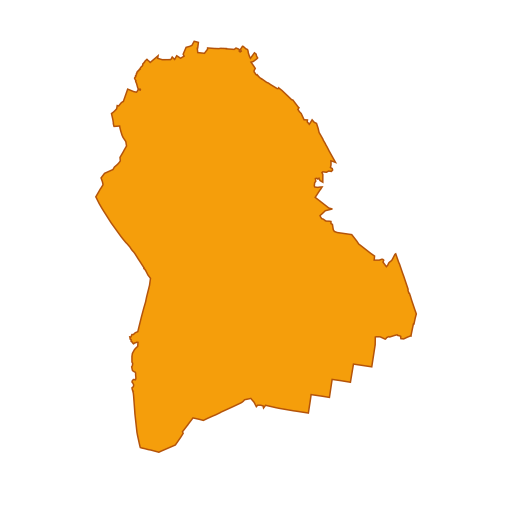 outline of Brantu pag., Smiltenes, Latvia, rotated 277°
{"feature_id": "27541924B83943898242437", "entity_name": "Brantu pag.", "entity_type": "district", "adm_level": 2, "iso_a3": "LVA", "parent_name": "Latvia", "parent_adm1": "Smiltenes", "projection": "mercator", "projection_center": [25.808, 57.37], "detail": "fine", "context": "isolated", "style": "filled", "palette": "amber", "viewbox_px": 512, "rotation_deg": 277, "n_neighbors": 0, "source": "geoboundaries", "source_scale": "gbopen_adm2", "svg_char_len": 6023}
<svg xmlns="http://www.w3.org/2000/svg" viewBox="0 0 512 512"><g transform="rotate(277 256 256)"><path d="M102.1,151.6L89.5,154.1L88.5,154.3L84.4,155.1L66.6,159.3L64.0,160.1L59.4,161.7L53.5,163.8L51.8,164.5L51.5,166.1L51.2,169.3L50.7,172.7L50.6,175.1L49.4,183.5L50.8,185.7L58.6,199.0L67.2,203.5L71.1,205.3L72.6,204.4L73.4,204.9L79.8,208.7L80.2,209.0L80.4,209.0L87.6,213.2L87.0,219.5L86.4,223.8L89.0,227.8L91.9,232.6L93.4,235.3L96.2,239.6L96.8,240.3L103.4,251.1L108.4,259.0L109.4,260.2L110.6,261.3L111.9,262.1L114.0,268.2L110.6,271.9L106.5,274.7L108.1,275.8L108.5,278.7L108.1,281.3L106.1,282.0L109.0,283.7L107.9,294.1L107.6,298.0L107.1,308.4L106.9,312.6L106.9,314.5L106.5,327.1L119.1,327.5L125.2,327.6L125.1,329.2L124.9,338.6L124.6,346.1L142.8,346.6L142.6,355.6L142.2,365.1L160.6,365.9L160.1,384.4L182.4,385.1L190.1,384.3L190.5,385.2L190.8,387.8L190.9,389.1L189.2,394.4L189.9,395.1L190.9,395.6L192.2,397.7L191.9,398.6L193.8,402.7L194.1,403.4L195.0,405.7L194.4,406.3L194.3,408.1L193.9,409.4L192.9,409.5L191.6,409.9L191.7,412.7L193.9,416.2L195.4,418.9L195.4,419.6L196.7,419.6L207.7,420.5L208.0,420.6L208.1,420.9L208.0,421.1L213.8,421.6L218.0,422.2L219.7,421.4L221.2,420.6L229.7,416.5L232.3,415.3L234.6,414.3L237.7,412.8L237.7,412.3L240.5,411.0L241.6,411.0L253.9,405.1L257.2,403.4L265.5,399.4L266.9,398.5L275.2,394.4L274.8,393.9L274.3,393.6L270.5,392.2L268.5,391.4L267.9,391.0L266.3,389.4L265.6,388.8L264.9,388.5L262.8,387.8L261.3,386.7L265.4,382.8L267.4,383.3L268.0,382.5L268.2,381.5L267.6,380.2L266.9,378.8L266.3,373.8L270.4,373.7L272.5,369.7L279.6,357.9L280.3,356.6L283.2,354.1L288.9,348.4L289.2,333.7L289.9,330.8L291.5,329.5L296.7,328.0L297.3,326.5L299.4,326.2L299.5,324.9L299.2,321.3L299.6,320.3L299.6,320.2L299.8,320.1L300.0,319.7L300.8,318.2L300.9,317.7L301.0,316.8L302.5,315.4L303.9,314.6L306.5,316.9L309.4,319.3L312.0,326.1L312.5,322.4L321.4,307.6L329.2,311.4L329.7,311.8L332.6,313.2L332.2,311.0L331.6,308.9L331.6,306.0L332.7,305.3L335.9,305.3L337.4,306.2L340.1,305.5L340.6,307.0L339.9,308.0L340.9,309.0L338.7,310.3L337.4,313.3L345.0,312.4L346.9,311.3L347.7,312.1L347.7,315.7L349.2,317.8L349.1,320.5L350.7,321.6L352.1,321.0L352.9,319.1L354.8,319.3L356.1,319.3L359.6,318.8L359.0,321.8L358.6,323.5L369.4,315.6L370.5,314.9L373.4,312.9L373.5,312.8L374.8,311.8L376.1,311.0L379.2,308.6L380.1,308.2L384.4,305.0L386.2,303.6L390.3,302.1L395.0,299.9L395.8,297.5L398.0,295.1L394.4,293.5L393.2,292.8L394.1,292.1L395.0,290.7L395.6,290.5L397.3,290.5L397.1,287.1L402.9,283.5L404.6,281.4L406.0,280.3L406.5,279.7L408.4,280.6L408.9,279.8L415.3,273.6L415.5,272.3L423.4,261.7L425.6,258.1L425.1,258.1L424.7,256.7L428.0,249.4L429.2,247.2L429.6,245.5L432.6,240.0L432.4,239.9L433.3,238.3L434.0,237.3L435.9,235.2L435.5,235.1L436.2,233.7L437.6,232.6L438.5,231.7L439.5,231.5L440.3,231.7L442.1,232.4L444.7,230.2L447.8,227.4L448.7,229.6L451.7,232.7L452.8,233.5L454.4,232.2L456.4,231.5L457.5,229.7L451.5,226.4L453.5,225.1L456.7,223.6L457.9,223.3L459.5,222.7L460.1,221.9L460.5,220.5L461.6,219.1L462.6,217.4L462.5,217.0L459.2,215.4L457.5,216.4L456.6,215.4L457.4,214.3L458.4,214.6L459.2,213.7L460.0,210.8L458.4,209.2L458.0,201.3L458.3,201.3L457.8,195.4L457.3,193.9L456.9,189.2L456.6,182.6L455.3,182.7L450.9,180.1L450.8,173.4L454.9,172.4L454.9,172.7L455.7,172.8L461.0,172.8L461.1,172.2L461.6,168.5L457.2,166.7L456.4,165.3L456.1,164.9L454.6,161.2L447.4,159.1L445.6,160.3L443.1,157.0L445.1,152.9L442.7,151.9L441.2,151.3L443.3,148.6L441.0,147.7L440.5,147.3L439.4,139.1L440.2,134.3L442.8,134.4L435.2,127.4L436.2,126.2L437.1,124.7L437.7,124.2L437.9,123.8L437.8,123.7L437.7,123.5L436.9,123.0L436.3,122.4L435.9,122.1L435.5,122.0L435.3,122.0L434.6,121.4L434.4,121.5L434.1,121.2L433.8,121.0L433.0,120.3L432.3,120.3L431.7,120.2L431.6,120.3L430.5,119.8L430.0,119.3L429.6,118.9L427.8,118.0L427.5,118.0L427.4,118.1L427.2,117.8L427.0,117.5L426.8,117.7L426.6,117.4L425.8,117.0L425.4,116.3L424.6,116.2L424.4,115.7L423.8,115.4L422.9,115.5L422.2,115.0L421.4,115.2L420.9,115.0L420.4,114.5L419.7,114.5L419.4,114.8L419.1,114.7L418.5,114.1L417.8,113.8L417.2,114.0L415.4,115.4L415.1,115.2L414.4,115.4L412.7,116.4L408.3,118.2L407.7,118.8L407.4,119.4L407.3,120.1L407.5,120.8L407.3,121.0L406.6,120.9L406.9,118.7L405.3,118.2L404.0,117.4L404.3,114.5L406.0,108.3L393.2,105.5L392.8,104.8L391.7,103.6L388.2,101.4L388.4,99.9L385.7,99.8L385.0,99.7L383.1,98.3L381.5,97.0L379.8,95.2L373.9,97.3L370.4,98.3L370.1,98.2L367.4,99.2L367.3,99.3L368.4,104.8L366.5,105.4L363.6,106.5L361.8,107.3L359.8,108.2L357.6,109.5L355.7,111.1L354.5,112.2L353.5,112.9L349.4,114.1L348.5,113.7L345.2,112.3L343.8,111.8L337.3,109.0L334.0,109.7L333.3,109.5L331.5,108.4L330.0,107.3L327.0,104.6L324.4,103.5L319.6,95.6L314.6,92.7L311.0,94.5L308.5,95.4L307.6,95.3L304.4,93.8L303.7,93.4L295.2,89.8L289.0,93.9L284.9,97.0L282.4,99.0L272.2,107.4L271.0,108.4L258.8,119.7L256.3,122.2L253.4,125.3L252.6,126.4L249.5,129.8L247.9,131.1L246.4,132.5L245.0,134.2L243.5,135.6L238.2,139.9L237.2,140.8L230.7,146.2L230.6,146.4L230.0,146.2L229.7,146.4L229.6,146.8L229.4,147.2L228.9,147.5L228.8,147.9L228.1,148.2L228.1,148.3L223.9,151.1L221.0,154.0L214.0,153.9L201.9,152.4L196.9,152.0L190.8,151.0L181.6,149.7L166.5,147.9L165.1,145.5L163.1,143.8L162.9,142.4L161.3,142.0L160.2,141.5L160.3,140.6L159.2,141.0L158.2,141.2L157.9,142.1L157.5,142.4L156.6,142.3L156.0,142.5L155.7,143.1L155.5,143.6L155.0,143.9L154.1,144.8L153.9,145.2L155.0,146.2L155.2,147.2L155.4,147.5L155.7,147.7L155.8,147.9L155.9,148.1L155.9,148.5L155.9,149.0L155.9,149.4L152.1,149.6L151.9,149.6L149.8,147.8L148.3,146.8L144.3,145.2L141.3,145.1L135.6,145.8L134.6,146.6L134.1,146.7L132.1,146.7L130.9,146.1L127.6,147.2L127.3,147.4L126.8,148.1L126.3,149.2L126.1,150.0L125.5,150.6L125.0,150.8L124.0,150.9L122.9,151.1L121.5,151.4L120.1,151.7L119.4,151.6L118.7,151.5L118.3,151.2L118.6,150.1L118.5,149.5L118.4,149.3L116.8,148.3L116.1,148.3L115.6,148.4L114.8,149.3L113.4,150.2L112.5,150.3L112.1,150.3L111.2,150.1L110.5,149.3L110.2,149.0L109.9,149.0L108.6,149.4L107.5,149.9L107.0,150.4L106.9,150.2L104.7,151.0L102.1,151.6Z" fill="#f59e0b" stroke="#b45309" stroke-width="1.5"/></g></svg>